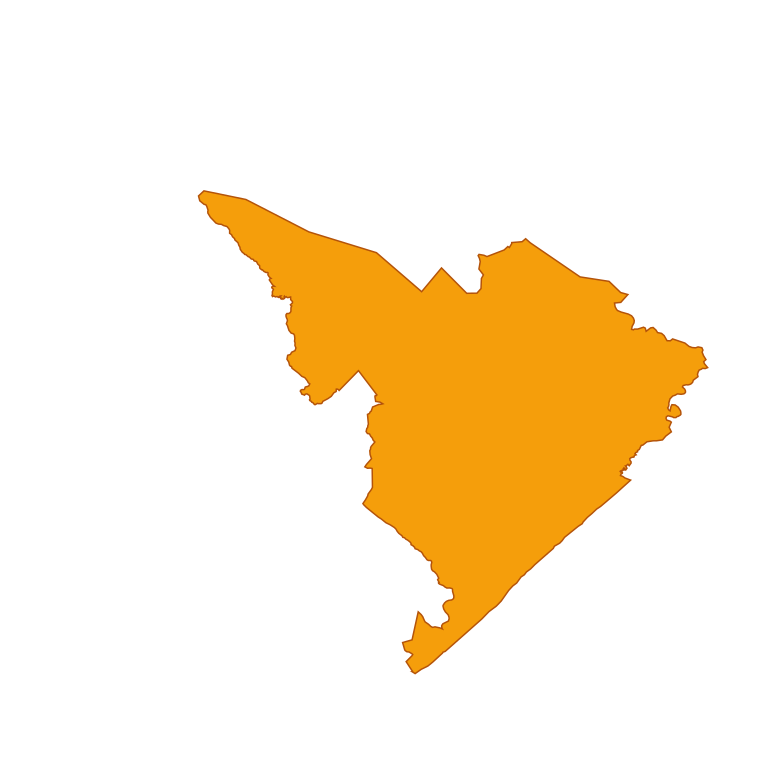 outline of Sud-Comoe, Sud-Comoé, Ivory Coast, rotated 306°
{"feature_id": "98640826B87421109468433", "entity_name": "Sud-Comoe", "entity_type": "district", "adm_level": 2, "iso_a3": "CIV", "parent_name": "Ivory Coast", "parent_adm1": "Sud-Comoé", "projection": "natural_earth1", "projection_center": [-3.37, 5.661], "detail": "fine", "context": "isolated", "style": "filled", "palette": "amber", "viewbox_px": 768, "rotation_deg": 306, "n_neighbors": 0, "source": "geoboundaries", "source_scale": "gbopen_adm2", "svg_char_len": 6171}
<svg xmlns="http://www.w3.org/2000/svg" viewBox="0 0 768 768"><g transform="rotate(306 384 384)"><path d="M168.0,579.4L175.0,581.8L181.7,585.3L187.7,586.9L200.7,589.5L201.6,589.3L203.7,590.7L251.6,601.3L261.6,602.7L270.3,605.4L277.3,606.4L290.2,606.2L296.4,606.9L300.9,608.3L308.5,608.3L312.2,609.7L315.6,609.7L320.6,611.3L326.6,612.2L350.4,617.6L353.0,617.2L358.5,619.7L361.9,620.2L366.1,620.2L383.1,624.8L387.5,626.5L389.3,626.2L395.5,626.9L401.7,628.4L407.7,629.5L412.3,631.2L432.1,636.0L451.2,640.0L449.6,634.2L449.6,631.5L448.9,629.1L450.3,628.7L451.9,629.3L452.8,628.7L452.9,627.7L451.9,627.5L452.2,626.4L453.6,626.9L455.8,629.0L455.9,627.4L457.2,627.4L456.6,630.1L458.7,630.1L459.7,627.5L460.4,628.3L461.5,628.2L462.4,628.5L462.0,630.4L465.2,630.4L466.3,629.6L466.9,627.8L468.0,626.7L469.1,626.9L470.8,628.0L471.7,629.1L473.5,628.6L474.9,629.6L475.2,628.0L476.6,628.0L478.2,629.0L479.2,628.2L481.1,629.0L485.6,628.2L486.7,629.3L491.8,630.7L496.2,635.1L498.2,637.8L502.5,642.2L507.5,642.6L514.2,644.6L516.6,640.1L522.0,638.9L522.1,637.3L521.0,634.0L521.9,632.4L523.4,631.7L525.2,632.4L527.0,636.7L527.1,638.1L528.4,639.9L529.9,640.2L530.7,641.0L533.1,642.0L534.0,642.0L535.3,641.0L536.5,639.8L538.2,635.6L538.2,631.9L536.5,629.1L534.3,629.5L530.4,631.2L530.4,629.5L531.4,627.5L532.8,627.5L534.7,626.7L536.0,625.6L540.1,624.1L543.9,624.6L546.2,626.2L548.5,627.2L550.3,630.4L552.3,632.4L553.6,632.8L554.7,632.7L555.8,631.7L556.6,630.3L557.0,627.2L558.6,626.9L561.1,629.0L561.9,630.4L563.4,631.7L564.8,632.4L566.7,632.7L568.9,632.0L574.5,633.7L576.1,631.9L578.4,631.1L580.6,630.8L582.4,632.0L583.9,632.5L585.3,634.8L587.5,636.2L588.8,631.2L590.0,629.5L593.0,630.1L594.7,625.9L596.8,622.6L598.9,622.1L600.2,619.8L598.6,616.3L596.4,614.8L594.6,611.8L593.7,608.6L594.0,603.4L590.1,591.0L587.2,590.2L585.4,587.5L587.8,582.2L588.1,578.8L586.4,575.1L587.5,572.4L587.9,568.5L586.1,566.7L580.7,565.1L582.8,562.5L582.5,560.6L577.5,556.9L575.5,554.2L574.5,554.0L573.7,552.2L576.4,550.9L580.4,550.3L582.4,549.2L583.9,547.1L584.7,544.2L584.2,540.6L581.6,533.6L580.7,529.7L581.1,528.1L582.4,525.5L585.0,522.9L589.2,527.6L599.7,528.7L597.1,521.7L599.3,505.7L585.9,479.7L584.2,419.3L584.8,413.2L580.3,412.1L573.5,404.2L572.6,404.8L568.1,405.2L568.0,403.4L563.0,402.4L547.6,392.4L546.9,389.2L544.7,384.7L543.2,384.7L541.8,387.3L539.6,389.9L532.8,393.2L530.7,400.3L526.6,400.8L518.2,406.4L512.1,405.8L506.0,397.6L511.7,362.3L480.8,360.2L485.8,300.7L462.9,233.8L452.1,163.8L434.4,124.8L427.1,123.4L423.9,127.3L423.6,132.8L424.3,134.5L423.6,136.1L421.2,139.5L419.9,140.1L418.7,141.1L416.8,145.7L415.4,153.4L416.1,156.1L417.6,158.6L417.9,161.1L419.0,164.1L419.0,165.0L418.1,168.0L417.6,168.8L415.2,170.5L415.2,172.9L414.1,174.9L413.8,177.6L412.9,178.7L412.5,182.8L410.9,185.0L410.0,187.0L408.5,188.5L407.3,191.9L407.3,194.3L406.9,195.0L407.5,196.3L407.2,199.3L407.6,200.4L407.1,203.1L407.9,204.7L407.9,205.4L407.4,206.0L407.3,206.7L408.1,208.9L406.8,211.4L406.6,213.8L404.9,215.2L404.6,215.9L404.5,218.1L404.9,218.5L404.5,220.8L404.9,223.1L405.8,224.3L405.7,225.0L404.1,225.9L403.2,228.2L403.0,230.5L402.3,229.9L400.8,230.0L398.7,235.6L398.6,237.8L398.1,237.0L396.5,236.2L395.9,236.7L395.6,238.9L392.9,239.5L390.9,241.1L389.9,241.2L389.2,242.4L390.3,243.0L390.7,245.1L391.9,246.0L392.0,247.7L392.4,248.2L392.9,247.7L394.2,248.2L394.7,248.9L393.9,248.8L392.3,250.3L392.6,251.5L393.3,251.2L393.5,252.6L394.8,253.2L395.7,252.0L396.5,251.8L396.1,253.1L397.2,253.6L397.0,254.5L397.3,255.4L399.5,257.3L397.4,258.9L396.9,261.5L395.7,262.3L393.1,261.7L392.6,263.0L392.8,263.5L391.0,263.9L388.2,265.9L387.4,266.1L386.0,266.0L385.1,265.5L383.9,264.0L382.5,264.0L381.3,264.8L380.2,266.2L379.5,267.6L378.4,268.7L375.3,269.6L374.5,271.5L371.5,275.6L370.6,278.9L371.4,281.4L370.8,282.9L368.4,285.1L366.0,286.5L365.0,287.9L362.8,289.3L361.4,291.6L358.7,292.4L355.4,290.6L352.9,290.9L350.6,289.2L347.0,290.9L345.8,294.0L343.7,296.5L343.4,297.9L343.8,298.9L342.7,300.3L342.5,308.5L341.9,313.0L342.6,316.2L341.5,320.1L340.5,322.0L340.5,323.9L338.3,324.2L336.6,323.3L336.2,322.7L335.1,322.1L333.0,322.8L332.3,322.4L331.3,320.9L329.8,320.2L328.8,320.7L328.6,321.7L327.5,323.4L328.3,326.3L329.3,326.2L330.7,327.4L330.9,330.2L330.7,330.8L328.3,333.1L327.4,333.0L327.0,333.7L327.2,335.5L326.8,336.1L327.1,337.6L326.5,339.8L327.0,340.6L329.1,341.4L329.3,342.1L331.2,344.7L332.2,345.1L334.0,344.7L339.1,347.2L343.1,348.6L347.5,348.6L349.8,349.7L351.8,348.4L352.3,348.9L352.7,350.3L352.4,351.5L379.8,355.5L371.0,384.7L370.0,384.6L369.5,383.7L368.4,384.1L365.0,387.5L367.0,391.5L367.3,394.7L365.7,393.4L364.4,391.8L358.7,388.3L354.5,389.6L353.5,389.2L351.6,389.5L349.7,388.5L342.4,394.9L340.6,395.5L339.5,396.2L337.7,396.3L335.0,397.5L334.2,399.7L335.1,401.6L334.0,403.8L333.4,406.3L332.2,408.2L331.7,410.7L325.9,410.3L324.6,410.6L323.4,411.4L321.7,411.7L318.7,414.3L316.2,417.8L308.7,417.1L305.7,417.2L306.1,420.1L307.9,422.3L308.7,424.1L293.6,435.4L291.5,435.8L285.7,435.8L283.7,436.6L279.3,437.1L274.9,437.2L274.4,438.5L273.8,442.3L273.0,457.3L273.2,461.1L272.9,467.1L273.7,471.6L274.0,476.8L273.6,479.1L272.6,481.2L271.9,483.8L271.8,487.7L271.0,489.4L271.7,490.9L271.3,492.9L271.6,494.7L271.5,497.7L271.0,499.5L269.9,500.3L270.2,502.9L269.9,503.4L270.0,504.5L269.0,506.0L269.9,508.6L269.8,510.6L270.1,512.8L269.6,514.6L268.4,517.0L268.0,519.4L267.1,522.0L267.3,523.6L268.7,525.5L268.5,526.6L267.6,527.6L265.5,528.4L264.3,529.3L262.2,531.3L261.5,533.0L261.7,535.3L261.1,538.5L259.1,542.4L257.2,542.4L255.8,545.3L255.1,545.0L254.8,545.5L254.8,546.7L255.8,550.6L255.6,552.4L255.9,554.8L257.8,557.3L258.5,559.4L258.2,560.1L256.6,561.3L253.6,565.1L251.9,566.2L250.8,566.3L249.1,565.7L247.0,563.5L244.8,562.2L242.4,561.7L239.7,561.9L238.9,562.4L237.1,564.5L235.7,567.6L235.0,571.5L233.6,573.6L232.3,574.7L230.0,575.4L224.7,572.6L223.4,572.6L222.2,572.8L220.7,574.2L220.2,575.2L219.6,572.7L217.5,568.0L215.7,566.4L215.4,564.4L215.8,561.2L215.7,557.2L216.2,556.0L218.5,552.1L219.3,549.6L219.8,545.6L193.5,557.1L185.8,551.0L181.1,557.0L180.8,557.8L180.8,559.8L181.9,561.8L182.2,565.2L182.0,566.3L180.8,566.4L172.4,565.1L168.0,576.6L167.8,576.3L168.0,579.4Z" fill="#f59e0b" stroke="#b45309" stroke-width="1.5"/></g></svg>